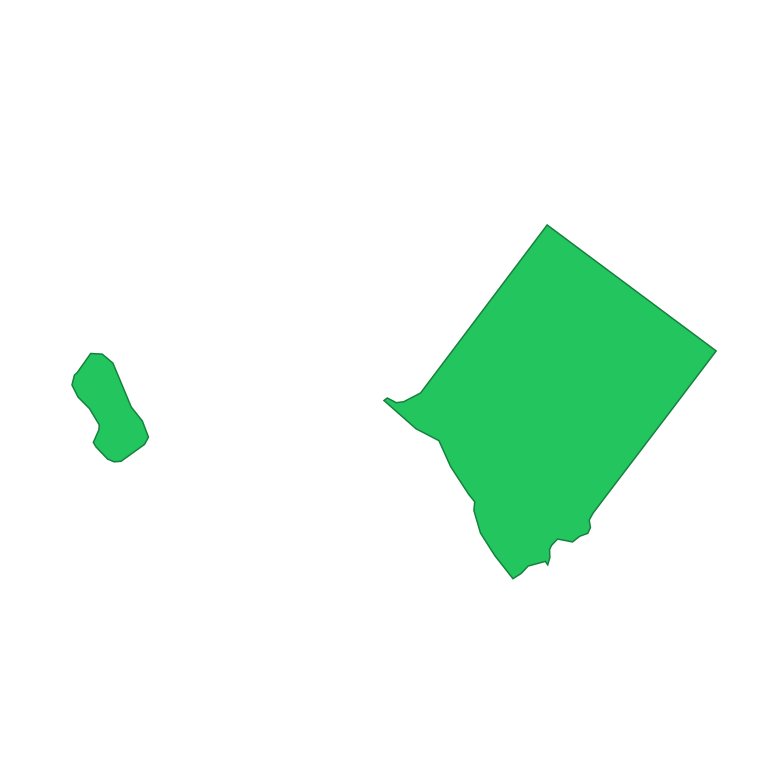 Equatorial Guinea, Natural Earth projection, rotated 307°
{"feature_id": "GNQ", "entity_name": "Equatorial Guinea", "entity_type": "country or territory", "adm_level": 0, "iso_a3": "GNQ", "parent_name": "Africa", "parent_adm1": "", "projection": "natural_earth1", "projection_center": [9.725, 2.359], "detail": "fine", "context": "isolated", "style": "filled", "palette": "green", "viewbox_px": 768, "rotation_deg": 307, "n_neighbors": 0, "source": "natural_earth", "source_scale": "50m", "svg_char_len": 976}
<svg xmlns="http://www.w3.org/2000/svg" viewBox="0 0 768 768"><g transform="rotate(307 384 384)"><path d="M609.2,418.6L609.4,460.4L609.6,495.8L609.8,534.0L610.0,573.9L610.2,607.6L610.3,629.4L578.4,629.3L536.0,629.2L493.6,629.0L451.1,628.8L429.8,628.7L406.4,628.7L398.8,629.8L393.6,635.3L387.4,636.6L380.1,631.9L371.3,629.6L369.0,624.8L364.6,615.9L355.8,614.9L351.4,615.9L345.1,621.0L338.1,623.6L339.4,619.6L325.4,608.7L315.4,607.6L306.1,604.2L313.6,575.9L323.0,550.8L337.1,531.9L344.5,527.3L346.9,517.9L358.1,487.0L371.8,462.0L367.5,436.5L370.8,393.9L374.8,395.1L375.5,399.1L376.5,405.1L381.7,410.4L398.8,418.6L449.8,418.6L480.3,418.6L525.3,418.6L573.0,418.6L609.2,418.6ZM204.7,131.4L208.6,132.1L231.9,131.4L238.3,141.0L237.5,155.0L213.5,196.0L209.0,213.3L199.8,227.9L191.7,229.1L164.0,220.5L159.4,215.3L157.7,208.3L160.4,192.0L162.4,187.0L175.7,183.9L180.0,181.2L187.1,163.6L189.4,147.6L195.4,135.4L204.7,131.4Z" fill="#22c55e" stroke="#15803d" stroke-width="1.5"/></g></svg>